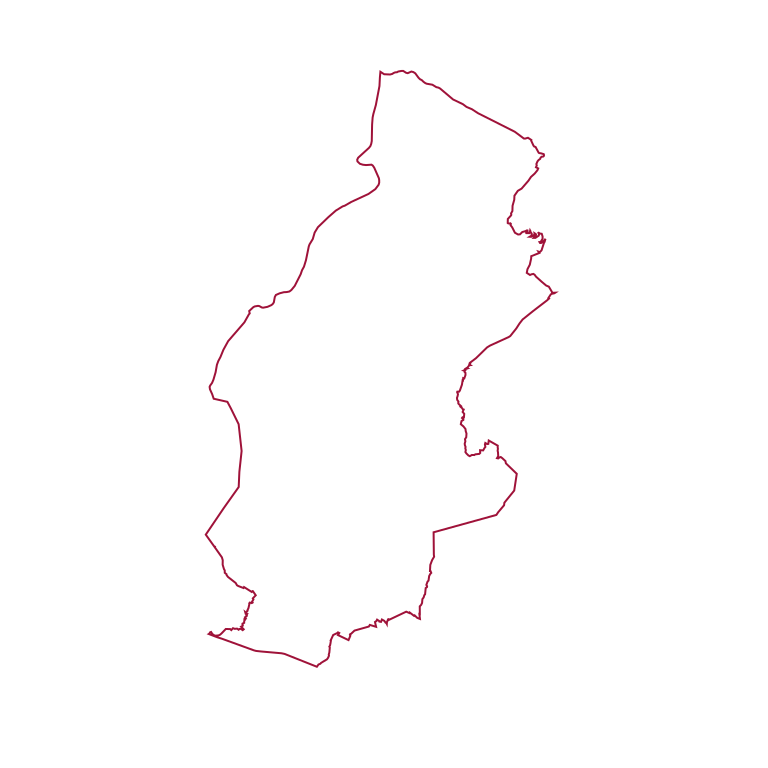 the district of Zapotlán del Rey, Jalisco, Mexico, rotated 113°
{"feature_id": "50627088B65473420567883", "entity_name": "Zapotlán del Rey", "entity_type": "district", "adm_level": 2, "iso_a3": "MEX", "parent_name": "Mexico", "parent_adm1": "Jalisco", "projection": "mercator", "projection_center": [-102.928, 20.466], "detail": "fine", "context": "isolated", "style": "outline", "palette": "rose", "viewbox_px": 768, "rotation_deg": 113, "n_neighbors": 0, "source": "geoboundaries", "source_scale": "gbopen_adm2", "svg_char_len": 6135}
<svg xmlns="http://www.w3.org/2000/svg" viewBox="0 0 768 768"><g transform="rotate(113 384 384)"><path d="M98.0,509.3L103.3,507.6L111.5,504.6L130.4,500.5L139.6,499.3L143.1,498.6L149.9,496.3L165.1,490.2L167.9,489.6L170.3,489.5L172.5,490.1L185.8,496.2L188.0,496.3L189.5,495.4L190.7,492.2L190.4,489.1L189.5,486.1L187.0,481.2L187.3,479.7L188.7,477.5L196.6,469.1L198.2,468.1L200.5,467.1L202.7,466.8L208.0,468.1L215.2,472.6L229.1,485.2L235.2,489.8L236.7,491.5L243.2,496.1L252.1,500.4L265.5,506.1L271.7,507.0L278.4,506.2L284.6,507.1L286.7,507.0L300.6,504.2L307.3,503.5L311.2,503.9L315.6,503.6L328.6,504.5L333.7,506.0L335.8,507.2L337.4,509.5L338.6,512.0L341.3,515.5L344.3,518.3L346.6,518.5L352.0,517.3L353.9,517.7L355.4,518.5L358.5,521.4L361.0,525.1L361.3,526.4L361.0,529.2L361.3,530.5L363.1,533.3L364.3,534.3L369.5,536.6L371.5,535.2L372.7,535.6L381.8,536.6L405.4,544.2L415.2,545.2L423.1,545.1L427.7,545.5L431.6,545.3L439.0,543.6L446.6,542.7L450.2,542.7L453.3,543.4L454.8,543.4L456.9,542.1L460.5,538.2L464.1,535.0L461.6,521.2L466.3,515.4L477.8,502.1L501.3,488.9L521.4,482.8L535.6,477.5L560.7,483.0L592.3,489.2L599.7,477.1L599.8,476.2L600.2,476.3L606.9,465.5L609.2,463.6L613.4,461.9L616.9,459.0L617.8,457.8L620.0,456.8L620.6,454.7L621.5,454.1L622.6,452.1L625.1,442.8L626.7,440.7L626.9,439.2L626.7,433.6L625.6,433.5L627.1,424.5L626.0,424.1L625.9,423.8L628.6,419.5L632.6,421.0L633.4,420.0L635.8,420.4L636.5,419.5L636.8,419.6L637.3,420.2L637.0,420.6L637.5,421.2L637.7,422.2L638.6,422.3L638.8,422.0L643.3,421.2L645.9,421.3L646.1,421.0L648.4,421.6L648.1,422.7L649.6,421.5L649.2,420.1L650.6,420.3L650.9,419.7L651.3,419.7L653.0,420.8L653.8,419.7L654.6,420.7L655.1,420.6L655.3,419.8L656.7,420.1L658.5,419.4L659.8,420.6L660.3,420.6L661.2,419.7L661.8,419.6L663.2,420.7L664.6,417.3L665.8,417.9L665.3,420.1L666.0,421.4L667.0,421.8L666.6,423.7L667.7,425.7L667.8,427.6L670.2,428.4L669.7,429.8L671.3,433.9L677.1,436.1L678.9,437.0L680.0,438.0L681.5,440.7L681.7,442.0L681.2,444.3L679.8,446.3L680.6,447.1L682.0,447.2L682.6,447.6L682.3,438.9L681.8,433.6L680.0,399.6L679.7,397.5L678.2,392.5L671.9,373.1L671.3,370.0L670.5,335.3L667.8,334.7L666.4,333.3L665.2,332.9L659.7,328.9L657.8,328.5L655.6,328.5L654.7,329.1L652.5,329.4L647.8,330.9L647.1,331.7L645.8,331.5L643.8,331.9L641.0,332.6L640.9,332.9L634.9,332.7L630.9,329.2L630.6,329.2L630.7,327.9L633.1,328.3L633.6,316.6L628.9,316.6L628.2,317.4L627.3,317.3L627.0,316.8L622.5,314.8L613.2,303.2L611.3,302.9L610.6,296.4L606.6,299.3L605.2,298.4L603.6,298.3L604.1,295.7L604.5,295.4L604.1,293.8L601.6,293.9L601.9,291.2L603.0,289.4L602.6,289.0L603.7,287.7L602.3,288.2L599.0,288.3L598.7,287.9L599.2,287.3L584.9,274.6L584.9,271.0L584.3,271.0L585.7,265.7L585.0,265.4L586.3,262.0L586.2,259.1L581.5,261.8L581.3,261.8L581.4,261.3L574.7,264.2L572.8,263.5L570.7,263.4L567.0,264.6L565.0,264.1L562.6,264.4L561.6,264.0L555.5,265.9L554.2,265.1L553.3,265.3L552.4,266.5L548.8,266.7L547.6,266.2L543.1,267.4L540.8,267.2L539.4,266.7L538.0,268.1L538.2,268.6L532.4,270.7L527.3,270.9L523.4,270.4L521.7,271.4L501.1,280.4L460.6,229.4L457.4,228.8L448.7,226.1L446.2,226.8L431.2,222.5L414.8,226.7L409.4,240.8L407.5,242.1L406.0,246.3L405.6,248.0L406.6,249.1L407.9,249.8L408.1,251.0L405.7,250.7L402.3,252.4L401.1,253.3L399.2,253.8L397.7,254.7L396.3,255.2L395.1,265.5L398.4,264.6L399.0,265.6L398.7,267.7L400.2,267.5L402.3,266.1L403.2,266.4L406.4,266.8L407.4,269.7L409.9,268.5L411.1,269.0L413.1,272.5L414.1,273.1L415.0,275.4L416.9,276.8L416.8,278.4L415.7,281.1L414.8,282.5L412.8,282.9L411.3,284.1L410.1,284.3L408.6,285.7L407.4,286.4L405.0,286.7L403.1,287.9L400.9,287.5L397.4,288.7L395.4,290.4L393.6,291.4L392.0,294.3L391.0,297.6L387.8,298.2L386.2,297.0L385.6,297.4L385.1,297.2L384.3,297.7L384.9,298.6L384.8,298.9L383.9,298.7L383.2,297.5L380.1,298.5L379.0,300.7L376.4,300.7L376.5,301.6L375.7,302.7L375.1,304.5L374.6,304.0L374.4,304.1L373.2,307.5L372.6,308.2L371.1,308.6L370.0,310.4L368.3,311.4L366.6,311.5L364.5,311.9L362.9,313.5L362.4,313.5L361.7,311.9L360.4,311.6L354.1,312.0L349.8,313.1L349.8,312.7L347.6,313.4L347.5,312.3L343.9,312.5L341.9,313.4L341.3,314.7L340.0,314.9L340.2,315.7L339.7,315.3L339.8,314.7L339.6,314.5L338.8,315.1L337.1,313.3L337.2,314.3L336.2,313.6L333.4,312.8L332.9,311.9L332.7,312.8L331.3,312.7L332.0,313.2L331.1,313.3L324.3,309.4L310.0,303.4L307.2,301.4L292.1,287.6L290.5,286.5L281.1,283.9L275.3,282.9L270.4,281.6L258.5,275.2L243.3,266.6L240.9,265.5L240.7,266.3L236.4,265.5L235.5,264.9L233.9,262.6L233.0,262.0L234.4,264.9L233.6,265.4L230.0,270.3L230.0,273.2L228.3,278.7L225.8,286.0L224.6,288.0L224.3,289.5L225.4,291.1L226.6,292.2L225.9,296.0L222.3,296.8L217.2,296.4L210.9,297.6L208.8,298.4L202.7,292.2L201.8,293.5L201.7,292.3L201.3,291.9L199.4,291.2L191.7,291.9L190.4,291.7L187.3,292.1L189.5,292.7L192.1,293.9L192.9,294.6L193.2,295.5L192.6,296.3L192.2,295.6L191.3,295.2L188.3,294.8L186.2,295.7L184.1,297.5L184.6,299.4L184.3,300.7L184.5,300.9L186.0,299.6L187.1,299.6L190.3,301.7L191.0,303.3L187.8,302.3L187.2,302.4L186.7,302.8L186.4,304.4L187.2,303.9L189.1,304.5L191.0,306.0L191.5,307.4L190.0,306.3L188.2,306.5L187.5,307.3L186.8,308.6L186.1,308.9L185.7,309.4L187.5,309.0L188.3,309.1L189.8,312.7L188.0,311.2L186.6,311.9L186.7,312.4L188.0,313.5L190.1,316.1L193.1,317.3L194.0,319.0L193.6,322.6L189.7,327.2L188.4,329.5L187.0,329.8L186.7,330.5L187.4,331.4L187.6,332.6L187.5,333.0L183.7,334.5L179.4,333.0L178.6,332.9L177.3,333.7L174.6,333.4L169.7,335.3L163.5,336.1L159.7,337.5L153.9,336.3L150.4,333.7L140.5,330.5L135.9,329.6L131.4,327.5L127.3,326.3L125.3,326.3L125.1,328.8L123.1,328.8L122.0,329.7L119.1,329.7L117.4,329.2L115.7,328.2L114.5,328.3L113.2,327.7L112.5,326.4L111.9,326.0L110.8,326.1L110.0,326.8L110.3,329.5L110.8,331.4L110.6,332.1L106.6,337.1L106.7,338.5L106.2,339.5L102.5,343.6L101.8,343.7L101.1,347.7L102.9,349.9L103.4,351.1L100.7,362.2L98.0,403.2L96.7,410.5L96.7,416.3L95.6,420.7L95.1,431.6L90.1,447.8L89.9,449.6L90.3,451.8L89.6,456.4L90.9,462.0L90.9,463.5L90.4,465.7L89.5,468.0L89.4,469.9L88.6,471.9L85.8,476.6L85.4,478.8L85.7,480.9L88.6,483.6L88.9,485.3L88.3,488.6L89.1,490.4L90.8,493.0L91.9,493.8L92.8,495.5L94.1,496.8L95.2,497.4L96.7,499.3L98.8,504.9L98.0,509.3Z" fill="none" stroke="#9f1239" stroke-width="2"/></g></svg>